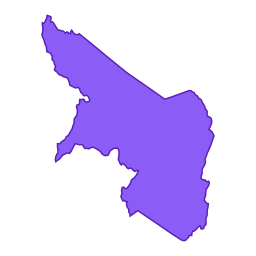 Senador Pompeu, Ceará, Brazil
{"feature_id": "56859067B61767326792453", "entity_name": "Senador Pompeu", "entity_type": "district", "adm_level": 2, "iso_a3": "BRA", "parent_name": "Brazil", "parent_adm1": "Ceará", "projection": "equal_earth", "projection_center": [-39.469, -5.578], "detail": "fine", "context": "isolated", "style": "filled", "palette": "violet", "viewbox_px": 256, "rotation_deg": 0, "n_neighbors": 0, "source": "geoboundaries", "source_scale": "gbopen_adm2", "svg_char_len": 3883}
<svg xmlns="http://www.w3.org/2000/svg" viewBox="0 0 256 256"><path d="M203.6,228.5L204.4,225.9L205.9,224.7L206.0,222.6L206.0,220.4L205.9,218.4L206.6,216.7L207.1,215.1L207.2,213.5L207.1,211.7L207.3,209.8L207.9,207.5L208.1,205.8L208.3,203.6L206.3,203.2L205.5,201.6L204.1,200.3L204.6,198.7L204.9,197.1L205.7,195.1L205.7,192.5L206.0,190.1L207.2,187.8L208.3,186.1L209.1,184.0L209.3,182.4L208.5,181.2L207.3,181.8L206.2,181.2L204.9,179.9L203.5,179.9L202.2,179.6L201.2,178.2L201.0,175.8L202.1,173.9L202.1,172.2L202.1,170.1L202.5,168.3L203.6,166.7L204.8,164.5L205.5,162.0L205.0,159.6L205.6,157.6L206.6,155.4L207.3,152.8L208.4,150.9L209.0,149.1L210.5,146.0L211.1,144.1L211.7,142.5L212.3,140.6L213.0,138.5L214.0,136.0L213.3,134.2L212.4,132.6L211.3,131.1L210.0,130.2L208.9,129.4L209.6,128.0L210.5,125.9L211.1,124.4L211.7,122.8L211.7,121.2L211.4,119.2L210.6,117.6L209.5,117.1L208.2,117.0L207.6,115.5L206.8,114.0L207.4,111.9L206.2,109.8L205.2,108.6L204.9,106.9L203.9,104.9L202.4,102.6L201.6,100.7L200.8,99.3L199.5,98.9L198.3,97.7L197.3,95.9L195.7,95.0L194.6,93.6L193.9,92.3L192.5,92.0L191.1,90.8L189.5,90.5L171.4,97.0L164.8,99.2L152.0,90.2L134.6,78.1L128.7,74.0L125.8,71.9L104.2,54.3L103.0,53.2L83.1,36.9L79.1,33.7L78.1,34.8L76.3,34.4L74.8,34.3L73.4,32.8L71.7,30.2L70.7,31.7L70.4,33.5L69.1,33.6L67.9,32.2L66.7,32.0L65.3,33.3L64.1,31.8L63.0,31.1L60.9,30.6L59.1,30.0L57.9,30.0L56.9,28.4L55.7,26.5L54.7,24.9L53.8,23.3L52.4,21.9L50.8,21.9L50.6,20.1L51.1,18.4L50.8,16.6L48.9,16.0L47.2,15.4L46.6,18.5L45.5,20.5L44.8,22.1L43.8,23.6L42.4,22.8L42.3,24.6L42.7,26.4L42.9,30.2L42.7,31.9L42.0,34.1L42.4,36.7L43.8,39.5L45.2,44.5L46.2,46.4L46.6,48.2L46.6,49.9L47.0,51.9L48.5,52.2L50.9,53.7L52.3,56.7L52.1,59.5L53.1,60.8L54.1,61.7L54.4,64.0L55.4,66.0L55.2,67.7L54.4,69.8L55.4,70.9L57.3,72.4L58.8,74.4L60.0,75.0L61.6,75.4L63.7,76.8L65.6,77.4L66.9,77.5L67.8,78.9L68.6,80.4L69.5,83.5L70.0,85.3L71.5,86.1L72.8,86.6L74.7,87.7L75.9,87.9L78.1,87.4L79.5,88.9L80.1,90.6L80.8,92.4L82.3,93.5L82.9,94.8L84.3,95.9L85.9,95.4L87.2,95.5L88.4,96.8L89.1,98.6L89.8,100.0L89.2,101.3L87.6,101.8L86.2,102.2L84.7,101.1L84.0,99.4L82.6,99.1L81.0,99.8L79.9,99.4L79.5,100.8L79.7,102.7L79.0,104.3L76.9,105.1L76.4,107.3L77.3,108.9L77.4,111.7L77.0,114.7L75.9,116.6L74.3,118.6L74.1,121.0L74.2,122.7L73.7,124.1L72.9,125.9L72.2,128.6L70.4,131.8L69.0,134.3L67.9,135.8L66.5,136.5L65.8,137.8L65.1,139.4L63.7,140.3L61.3,142.0L59.7,143.8L57.5,143.7L57.5,146.7L57.8,149.3L58.1,150.9L57.9,152.8L57.0,154.0L55.8,156.7L55.3,159.7L55.8,161.7L57.4,160.4L59.2,159.3L60.7,157.6L61.7,156.2L63.0,155.1L64.3,154.3L65.3,153.8L67.3,152.9L69.6,153.4L71.1,151.4L72.6,148.4L74.1,145.5L75.7,143.6L77.6,144.3L79.4,144.8L80.9,144.5L82.7,144.9L83.8,147.2L85.1,148.5L86.7,148.4L89.0,148.8L90.6,147.8L92.1,147.2L94.0,147.5L95.4,148.3L96.7,149.0L98.7,150.4L100.3,151.3L101.3,152.8L102.5,154.4L105.1,155.6L106.9,155.5L108.3,155.0L108.9,153.5L110.0,151.2L111.0,150.2L112.4,149.3L113.7,148.3L116.0,148.3L117.7,148.3L118.5,149.6L119.1,151.4L119.0,153.0L118.9,154.9L118.7,157.2L118.3,159.7L119.2,161.2L120.0,163.4L121.3,164.9L122.4,163.5L124.1,164.4L125.7,165.7L126.7,167.6L128.5,168.8L130.0,167.9L131.4,168.5L132.4,169.3L133.4,170.5L134.5,171.4L135.9,170.9L137.1,170.5L138.3,170.4L137.7,172.3L136.9,174.3L135.9,175.8L135.0,176.9L134.1,178.1L132.7,178.9L131.2,180.4L130.5,183.0L129.6,184.6L128.4,186.4L126.8,188.4L125.2,188.7L123.9,187.3L122.2,187.3L121.5,190.3L121.8,192.3L121.8,194.1L120.9,196.4L122.0,199.0L122.9,201.0L124.8,200.6L126.0,201.9L127.2,201.8L126.7,203.4L126.5,205.1L127.4,207.4L128.7,209.3L128.8,212.0L129.9,213.8L130.1,216.1L137.8,210.6L157.7,224.1L172.4,234.2L181.8,240.2L183.3,240.6L184.5,240.6L185.7,240.2L187.1,238.5L188.4,237.6L188.9,235.6L190.2,235.4L191.7,235.5L191.9,233.1L192.6,231.2L194.4,231.0L195.7,229.6L196.8,228.8L198.0,227.2L199.9,225.8L200.7,227.1L200.9,228.7L202.2,229.1L203.6,228.5Z" fill="#8b5cf6" stroke="#5b21b6" stroke-width="1.5"/></svg>